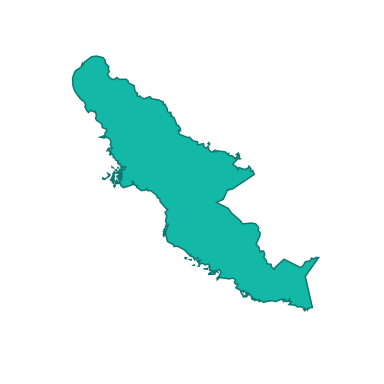 outline of Kandrian/Gloucester District, West New Britain, Papua New Guinea, rotated 35°
{"feature_id": "67681753B75341820849490", "entity_name": "Kandrian/Gloucester District", "entity_type": "district", "adm_level": 2, "iso_a3": "PNG", "parent_name": "Papua New Guinea", "parent_adm1": "West New Britain", "projection": "albers", "projection_center": [149.495, -5.876], "detail": "fine", "context": "isolated", "style": "filled", "palette": "teal", "viewbox_px": 384, "rotation_deg": 35, "n_neighbors": 0, "source": "geoboundaries", "source_scale": "gbopen_adm2", "svg_char_len": 6147}
<svg xmlns="http://www.w3.org/2000/svg" viewBox="0 0 384 384"><g transform="rotate(35 192 192)"><path d="M232.9,141.9L229.4,139.6L228.2,141.2L226.7,139.1L223.9,138.2L224.3,140.9L223.0,141.6L223.0,143.1L216.6,145.0L216.5,147.5L215.3,146.1L209.3,145.9L210.8,137.2L210.5,135.4L207.6,133.6L206.8,135.7L208.5,135.5L208.6,139.7L203.7,139.3L202.0,140.8L200.3,140.8L200.1,139.3L198.4,140.5L196.5,140.0L188.7,144.0L188.6,145.1L187.1,144.4L186.0,146.1L186.8,146.9L184.4,148.2L181.4,147.8L179.0,145.3L178.6,147.8L176.1,148.3L173.7,145.8L169.6,150.1L167.7,147.7L163.6,149.5L158.5,148.6L156.8,150.0L148.6,151.9L145.5,149.5L147.5,148.4L145.8,146.6L142.7,145.3L141.5,146.0L134.7,141.4L130.8,141.8L131.2,140.9L128.7,138.9L128.1,140.0L125.9,140.3L124.1,138.1L119.4,135.7L118.4,136.7L116.8,134.8L111.9,135.7L105.5,138.8L102.9,137.9L99.4,143.0L97.1,143.7L94.3,143.3L92.7,144.8L91.4,144.4L91.0,142.6L87.6,142.2L83.5,138.1L77.5,139.1L75.4,137.5L73.0,137.6L68.0,141.4L64.6,141.4L63.6,144.9L59.8,145.7L55.3,144.3L55.1,140.5L52.9,139.5L51.8,137.0L46.9,136.0L45.8,134.2L42.2,132.9L36.0,135.3L32.3,138.6L29.4,147.1L29.9,150.4L28.4,149.5L29.6,153.3L27.1,159.2L27.3,162.0L28.9,167.3L33.4,173.1L37.7,176.4L44.2,178.8L45.0,178.3L46.2,179.6L52.2,180.0L55.4,182.0L55.4,183.6L59.2,185.7L61.6,186.2L62.2,183.3L66.1,182.4L66.4,181.5L69.7,184.0L70.8,187.0L72.7,188.0L78.7,187.8L81.6,190.7L85.9,189.4L87.2,191.7L86.9,193.7L88.3,195.5L85.3,199.8L89.2,198.1L89.1,196.0L90.4,196.7L90.9,195.9L94.1,195.7L97.5,197.9L97.9,200.2L101.5,201.9L98.5,204.1L98.8,206.9L101.4,204.6L104.3,207.0L105.9,206.6L107.7,208.8L108.3,208.1L111.7,209.7L113.7,208.9L114.3,210.9L116.0,211.1L116.7,210.1L118.1,211.7L120.2,210.9L120.5,212.2L119.4,213.1L121.7,212.6L121.9,210.3L123.4,209.3L123.7,212.8L121.2,214.3L122.3,215.3L120.1,214.8L120.0,216.7L120.7,217.6L122.8,216.8L124.3,217.6L126.3,220.0L125.5,221.8L127.1,222.3L124.3,223.5L127.2,224.8L126.0,227.1L124.8,227.3L125.1,226.0L123.4,225.6L124.3,229.1L128.4,226.1L130.1,227.5L133.4,227.8L138.5,221.1L139.0,219.0L137.4,218.3L138.4,218.2L138.1,217.3L139.6,218.3L139.8,219.6L143.4,218.3L143.6,219.7L149.5,220.0L152.6,217.5L153.0,215.1L153.5,216.1L155.4,216.2L157.1,214.6L165.1,214.9L166.7,216.5L169.4,215.9L171.5,218.2L180.5,220.5L182.0,220.0L181.8,224.3L185.0,226.2L187.0,231.0L189.3,232.3L190.4,236.2L191.4,232.8L193.5,240.7L200.3,246.6L207.3,245.7L208.3,247.0L211.5,244.7L219.3,243.8L226.6,245.3L226.7,243.6L227.4,245.3L230.3,244.6L233.2,246.1L234.3,242.6L237.3,244.6L238.1,243.6L237.8,245.7L239.4,247.2L241.5,244.2L244.6,244.2L246.6,241.6L249.1,242.4L248.7,243.8L249.8,243.5L251.5,246.0L253.2,245.5L253.2,244.1L254.1,246.4L252.6,249.0L253.0,249.9L257.8,246.2L257.4,244.9L255.4,245.0L255.3,243.5L259.1,242.9L257.4,242.0L258.9,240.0L261.6,241.0L262.6,245.5L264.1,246.0L272.5,241.7L274.6,239.2L277.0,238.8L278.6,239.6L278.2,241.3L280.4,242.6L281.0,241.3L282.7,241.4L282.8,245.3L291.5,244.4L290.9,243.2L293.9,243.1L294.4,244.1L296.0,242.2L296.8,243.2L295.4,244.4L296.1,245.4L298.4,242.5L300.8,243.7L306.8,243.7L309.1,241.7L314.1,241.3L317.3,236.8L317.1,237.7L320.2,234.9L323.2,233.9L327.4,227.9L329.4,229.2L328.9,227.0L330.3,226.4L331.0,228.3L333.4,226.4L333.4,223.8L334.6,225.8L336.3,224.9L335.9,228.6L341.4,225.6L344.3,225.7L346.9,223.6L351.6,222.8L351.0,224.2L352.3,224.6L352.7,222.2L353.6,221.5L354.3,222.3L354.6,219.5L356.9,217.6L333.2,196.2L333.3,173.1L330.9,174.7L330.2,177.1L327.9,177.5L328.2,180.8L324.9,183.9L325.3,189.0L324.1,191.7L305.9,194.3L303.3,206.3L303.6,208.4L299.9,207.5L298.3,205.9L294.6,207.7L291.9,205.3L288.2,204.3L287.5,201.5L284.6,199.4L283.1,200.0L282.0,202.2L278.6,198.9L274.4,198.0L272.7,188.8L270.9,186.1L268.4,185.8L267.3,183.3L265.4,182.3L262.4,181.6L258.7,183.2L251.7,189.1L248.1,187.8L236.6,186.6L231.1,184.7L217.9,186.5L221.8,180.2L219.8,169.5L221.0,169.5L221.4,167.6L223.1,167.1L232.9,141.9ZM122.7,217.9L120.4,218.0L120.3,219.1L121.4,218.6L123.6,220.1L124.8,219.5L122.7,217.9ZM115.0,225.0L112.6,225.1L114.8,226.4L113.9,230.0L115.3,226.0L115.0,225.0ZM263.0,249.4L263.5,246.9L262.3,246.3L261.9,248.2L263.0,249.4ZM245.4,248.2L249.0,246.4L248.8,245.9L245.4,248.2ZM302.7,245.3L303.6,244.6L303.0,244.1L300.5,243.9L302.7,245.3ZM194.2,244.3L194.1,242.9L192.6,241.6L192.8,243.3L194.2,244.3ZM125.6,232.4L125.5,230.6L124.7,230.2L124.3,231.8L125.6,232.4ZM121.9,220.9L121.3,222.1L122.1,222.8L123.0,221.3L121.9,220.9ZM120.1,225.4L119.3,223.5L118.2,224.2L120.1,225.4ZM103.4,207.5L101.8,205.4L101.2,205.9L103.4,207.5ZM122.4,227.8L120.8,226.4L119.9,225.9L121.3,228.2L122.4,227.8ZM113.4,231.7L113.4,230.7L112.0,231.9L110.2,231.4L111.6,232.5L113.4,231.7ZM177.4,142.0L177.4,143.3L179.2,143.1L178.5,142.2L177.4,142.0ZM225.2,250.4L225.5,249.1L224.0,249.5L224.2,250.3L225.2,250.4ZM123.3,230.1L121.0,228.8L120.8,229.6L123.3,230.1ZM296.7,246.1L295.4,246.1L294.7,247.0L296.2,247.3L296.7,246.1ZM191.6,239.2L191.8,237.9L190.8,237.5L190.6,238.8L191.6,239.2ZM192.2,241.4L192.7,240.5L191.5,239.7L191.2,240.8L192.2,241.4ZM119.0,228.0L119.8,227.3L118.6,227.6L118.8,228.9L120.4,227.8L119.0,228.0ZM116.7,217.9L118.4,217.9L117.3,217.0L116.7,217.9ZM125.0,221.2L125.8,220.1L125.7,219.7L124.0,220.5L125.0,221.2ZM118.1,220.6L116.9,219.9L116.5,220.8L117.0,221.1L118.1,220.6ZM293.0,247.0L290.5,246.7L293.2,247.4L293.0,247.0ZM104.0,208.0L102.5,208.6L103.7,208.7L104.0,208.0ZM124.4,222.8L125.1,222.1L124.7,221.5L123.8,222.2L124.4,222.8ZM118.3,227.1L119.1,226.2L118.0,225.4L118.3,227.1ZM117.6,223.2L118.2,222.3L117.9,221.9L116.9,222.5L117.6,223.2ZM237.0,245.8L236.8,244.9L235.5,245.3L235.9,245.7L237.0,245.8ZM235.3,251.1L236.3,250.4L235.5,250.5L235.3,251.1ZM293.8,248.5L295.1,248.3L293.5,247.9L293.8,248.5ZM229.2,248.6L230.3,248.4L230.1,247.8L229.2,248.6ZM116.7,214.8L117.9,214.6L117.6,214.2L116.7,214.8ZM290.0,246.2L289.4,245.0L288.9,244.9L289.1,245.7L290.0,246.2ZM240.5,248.4L239.9,247.5L239.8,249.0L240.5,248.4ZM309.7,243.2L310.9,242.6L309.4,243.0L309.7,243.2ZM119.0,219.9L119.7,219.6L119.1,218.9L119.0,219.9ZM212.5,137.0L211.5,137.3L212.3,137.6L212.5,137.0ZM112.6,217.8L113.2,217.5L112.2,217.4L112.6,217.8ZM303.2,245.1L304.5,244.9L304.7,244.7L303.2,245.1ZM305.5,245.0L306.3,244.5L305.3,244.7L305.5,245.0Z" fill="#14b8a6" stroke="#0f766e" stroke-width="1.5"/></g></svg>